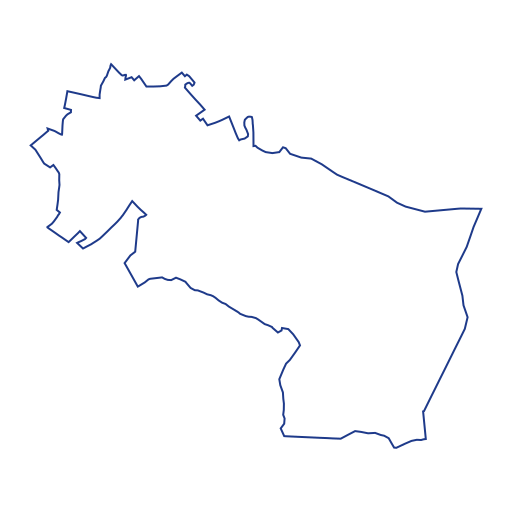 outline of Camerino Z. Mendoza, Veracruz, Mexico
{"feature_id": "50627088B22959836767902", "entity_name": "Camerino Z. Mendoza", "entity_type": "district", "adm_level": 2, "iso_a3": "MEX", "parent_name": "Mexico", "parent_adm1": "Veracruz", "projection": "orthographic", "projection_center": [-97.172, 18.79], "detail": "fine", "context": "isolated", "style": "outline", "palette": "blue", "viewbox_px": 512, "rotation_deg": 0, "n_neighbors": 0, "source": "geoboundaries", "source_scale": "gbopen_adm2", "svg_char_len": 4414}
<svg xmlns="http://www.w3.org/2000/svg" viewBox="0 0 512 512"><path d="M251.9,117.1L251.0,116.8L250.2,116.7L249.4,116.7L248.7,116.7L247.7,117.0L246.5,118.1L245.7,118.9L244.9,119.7L244.8,120.0L244.3,122.4L244.4,125.5L245.2,127.5L246.4,129.7L248.1,134.1L247.8,136.4L244.6,138.6L242.7,139.0L240.6,139.5L239.2,140.3L238.1,138.6L237.6,137.6L235.6,132.9L234.7,130.6L234.6,130.3L231.9,123.5L229.1,116.5L222.1,119.9L218.9,121.3L215.1,122.8L207.8,125.2L207.5,125.3L205.3,122.1L203.0,118.7L200.3,120.6L196.1,115.7L204.6,109.7L200.2,104.6L195.6,99.7L191.1,94.7L184.9,87.6L185.2,86.4L185.3,84.6L187.2,83.3L188.2,82.9L189.2,82.7L190.1,83.3L190.7,84.0L192.2,85.8L193.6,84.8L194.2,83.6L194.5,82.5L194.3,82.3L189.2,76.2L186.8,74.6L184.9,76.2L181.8,72.6L176.4,76.6L173.5,78.8L171.2,81.1L168.1,84.6L166.5,85.6L160.2,86.3L154.4,86.5L146.4,86.5L143.1,81.7L141.2,78.9L139.0,76.1L134.2,80.3L131.6,77.2L125.3,79.6L125.5,77.8L126.0,75.4L125.9,74.9L125.5,74.9L124.8,74.9L123.3,75.4L122.6,75.5L122.2,75.4L121.5,75.0L120.5,74.0L119.2,72.8L117.5,71.0L116.0,69.4L111.6,64.7L111.1,64.2L110.9,64.6L110.9,64.9L110.6,65.3L110.4,66.2L110.2,67.7L109.8,68.5L109.1,69.9L108.4,71.2L107.5,73.8L107.0,75.3L106.5,76.4L106.1,77.0L105.3,77.6L104.9,78.0L103.3,81.4L100.9,85.7L100.7,87.6L100.3,89.9L99.8,93.2L99.6,94.6L99.6,96.6L99.6,98.1L96.1,97.7L94.4,97.3L94.2,97.3L89.8,96.3L86.8,95.6L81.7,94.4L76.8,93.3L74.6,92.8L67.4,91.2L66.1,98.6L65.3,102.8L64.7,105.8L64.2,108.0L71.0,109.9L70.9,112.3L67.5,114.3L66.0,115.7L63.2,119.2L63.0,120.0L62.8,121.8L62.5,125.4L62.4,127.7L62.1,134.1L61.9,134.7L60.9,134.4L58.5,133.2L55.2,131.3L53.8,130.7L51.8,130.0L47.6,128.5L48.2,130.8L46.6,132.1L43.0,135.2L41.4,136.5L30.7,145.4L34.4,148.8L35.4,149.7L37.3,152.7L38.9,155.2L40.8,158.2L43.1,162.0L44.2,163.6L50.1,167.4L53.4,165.0L55.6,168.0L57.6,171.0L58.3,171.9L58.5,172.3L58.9,172.9L59.3,174.2L59.2,180.3L59.5,184.9L59.2,187.3L58.5,192.1L58.1,199.8L57.5,204.5L56.7,209.9L59.9,212.5L58.9,214.3L58.0,215.3L57.3,216.7L53.8,221.5L51.9,223.7L49.4,225.6L47.4,227.0L47.4,227.4L48.9,228.5L52.1,230.7L55.4,233.0L58.9,235.5L61.8,237.4L65.7,240.1L68.6,242.1L70.3,240.5L73.2,237.7L74.1,236.8L77.9,233.2L79.9,231.1L83.2,234.7L86.1,237.9L85.1,239.0L84.6,239.3L81.1,241.1L78.5,242.2L77.1,242.9L83.0,248.5L84.4,247.8L86.8,246.5L89.9,244.9L91.1,244.3L93.1,243.0L96.6,240.8L99.7,238.7L102.4,236.2L104.9,233.8L107.5,231.3L111.4,227.4L112.9,226.0L114.8,224.2L117.4,221.6L120.8,217.8L121.9,216.3L122.7,215.4L126.6,209.7L127.4,208.4L129.7,204.8L132.2,201.1L134.5,203.5L137.5,206.7L140.7,209.8L144.0,212.7L146.2,214.8L145.8,215.2L144.7,216.0L143.2,216.7L141.4,216.9L140.0,217.6L139.1,218.3L138.5,219.1L138.1,219.6L138.1,220.9L135.2,251.7L130.4,255.4L124.6,263.1L127.6,268.4L137.8,286.6L139.2,285.8L144.8,282.4L148.5,279.4L150.1,278.8L162.1,277.4L164.8,278.9L167.8,279.9L171.2,280.1L176.0,277.7L180.4,279.4L185.5,281.8L185.8,282.3L190.3,287.6L190.7,288.0L194.8,290.2L197.8,290.4L199.9,291.2L203.6,292.6L207.1,294.3L210.8,295.2L213.1,296.2L215.5,297.8L218.6,300.4L222.1,302.7L225.6,304.0L228.9,306.6L238.5,312.4L240.1,313.8L245.8,316.1L248.5,316.7L251.6,316.9L255.9,318.1L258.2,319.5L264.7,324.1L268.0,325.2L272.0,327.0L272.5,327.8L277.9,332.5L281.5,330.5L282.0,328.0L288.3,329.1L293.2,334.3L298.7,342.1L300.0,345.4L295.1,352.6L289.8,360.0L286.1,363.6L283.3,369.6L279.3,379.2L280.3,385.2L282.9,392.4L283.3,398.7L283.9,403.6L283.8,409.9L283.2,414.8L284.6,418.5L284.2,423.7L280.7,428.4L284.2,436.1L285.1,436.2L291.2,436.5L299.8,436.9L310.8,437.4L319.6,437.8L327.3,438.1L332.6,438.4L340.7,438.7L348.2,434.7L355.1,431.1L361.0,431.9L368.1,433.3L375.1,432.9L380.8,435.0L384.1,435.7L388.7,438.2L391.7,443.5L394.1,447.6L396.3,447.8L404.8,443.8L411.5,440.9L416.8,439.8L421.1,440.0L423.6,439.3L425.8,439.0L423.1,411.4L424.0,411.1L431.4,396.1L434.9,389.1L439.6,379.6L444.7,369.4L449.8,359.1L454.4,349.8L459.6,339.4L464.8,328.9L467.6,317.2L463.5,305.3L462.4,295.7L458.3,280.0L456.3,272.0L458.1,264.0L461.9,256.5L466.7,246.9L470.1,237.1L473.6,226.9L476.3,220.6L481.3,208.8L461.0,208.5L458.1,208.7L425.0,211.7L405.6,206.6L397.0,202.7L388.4,196.4L382.3,193.8L363.0,185.6L342.4,177.0L337.1,174.7L333.2,172.1L321.8,164.3L311.2,158.6L301.3,157.6L290.1,153.8L285.7,148.2L283.0,147.3L279.3,152.1L279.2,152.1L272.4,153.1L265.7,152.1L262.3,150.5L257.5,147.7L255.5,145.8L253.5,146.1L253.5,145.8L253.4,132.4L252.9,125.0L252.7,123.8L252.7,123.0L252.5,119.9L251.9,117.1Z" fill="none" stroke="#1e3a8a" stroke-width="2"/></svg>